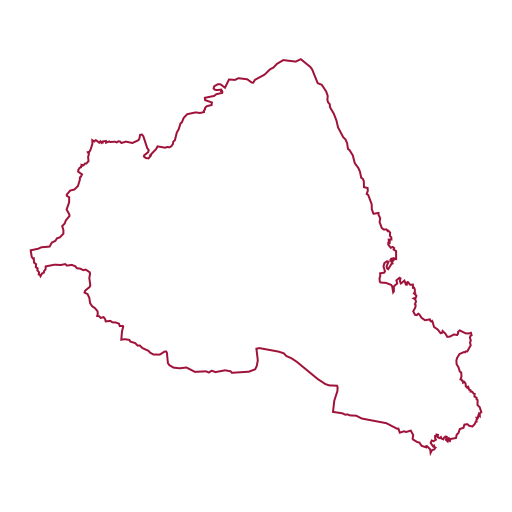 Banyumas, Jawa Tengah, Indonesia
{"feature_id": "22746128B18933963724988", "entity_name": "Banyumas", "entity_type": "district", "adm_level": 2, "iso_a3": "IDN", "parent_name": "Indonesia", "parent_adm1": "Jawa Tengah", "projection": "natural_earth1", "projection_center": [109.207, -7.455], "detail": "fine", "context": "isolated", "style": "outline", "palette": "rose", "viewbox_px": 512, "rotation_deg": 0, "n_neighbors": 0, "source": "geoboundaries", "source_scale": "gbopen_adm2", "svg_char_len": 5998}
<svg xmlns="http://www.w3.org/2000/svg" viewBox="0 0 512 512"><path d="M412.9,284.6L410.2,284.8L407.8,282.0L407.2,282.3L406.8,284.7L405.9,284.6L404.4,280.6L400.9,283.5L399.9,281.2L400.5,278.4L399.5,277.8L396.4,280.4L397.2,283.5L393.8,286.4L393.9,291.3L393.2,292.3L392.2,286.5L391.2,284.9L386.0,282.9L380.6,282.5L379.8,281.7L379.5,278.4L380.3,275.7L380.1,273.3L384.1,272.7L385.0,271.4L383.5,266.4L384.4,263.1L386.9,261.3L388.5,261.7L386.6,266.3L387.1,268.4L388.2,269.2L391.4,264.0L392.5,263.5L391.1,261.2L392.2,261.6L393.0,260.9L390.8,259.7L391.2,258.7L393.7,258.2L393.8,259.5L394.6,258.9L396.1,259.1L396.1,251.1L393.6,249.5L394.2,248.1L393.3,247.3L392.4,247.0L390.8,247.8L388.3,244.7L388.2,243.2L389.6,243.2L389.7,241.3L388.8,241.3L388.7,239.5L391.4,239.5L391.3,237.3L389.9,235.9L390.1,232.5L388.3,230.7L387.7,231.1L386.5,229.4L383.9,229.6L381.8,228.1L379.6,222.1L380.2,218.2L378.6,215.0L378.5,212.9L373.6,213.8L373.2,213.2L371.8,209.1L371.7,204.3L368.2,194.9L366.7,194.0L367.8,190.8L367.6,188.0L364.0,187.2L363.8,181.1L362.8,178.8L361.2,177.7L360.0,171.8L358.4,168.1L354.8,163.2L352.8,155.4L349.4,149.9L348.0,149.0L347.1,143.2L345.5,139.4L343.2,137.2L338.0,127.3L336.5,120.7L333.8,113.7L329.9,107.0L329.8,104.3L328.0,102.2L327.4,99.8L327.7,95.9L326.2,91.5L321.8,84.8L317.7,83.2L312.2,69.5L310.4,67.0L300.8,59.2L295.7,61.6L283.3,60.1L276.9,63.9L273.5,67.5L270.1,69.3L264.6,74.6L255.0,79.8L253.2,82.7L251.6,82.5L247.3,79.3L238.4,78.2L235.1,79.9L229.0,79.5L225.0,87.7L220.5,84.3L217.9,84.2L214.2,86.3L213.6,88.5L214.6,89.6L216.7,90.1L221.2,89.6L221.1,91.0L222.1,91.0L222.4,91.9L222.2,92.9L216.3,94.2L214.2,95.9L204.9,97.8L205.1,100.1L211.9,102.5L211.6,105.0L206.6,106.3L204.9,108.2L205.0,109.5L203.9,110.6L204.0,112.1L199.9,113.0L195.7,112.4L187.2,114.2L183.7,117.9L181.8,122.5L180.6,123.2L178.6,129.4L176.8,132.5L174.9,140.2L173.3,141.7L172.9,144.0L171.4,146.2L169.6,147.3L167.1,147.0L165.2,147.7L157.5,146.4L156.1,149.1L150.2,155.2L150.8,155.7L148.5,158.4L145.8,158.0L143.9,156.5L144.2,155.3L148.2,152.1L148.7,150.1L147.3,148.3L143.3,136.2L141.9,134.5L140.1,134.9L139.3,138.8L138.4,140.2L132.4,143.0L125.9,141.6L121.4,143.0L120.0,141.5L118.4,141.3L116.8,142.4L114.9,141.7L110.1,142.0L109.1,141.4L106.1,142.7L105.9,141.0L103.0,141.4L102.7,142.5L102.0,142.0L101.4,142.8L100.4,141.3L99.2,142.7L96.3,140.4L95.5,140.2L94.3,141.5L92.3,140.2L92.4,143.8L90.5,149.8L88.9,152.7L88.6,152.0L87.8,152.2L88.9,154.0L88.1,157.0L88.5,161.1L86.4,163.5L85.0,163.5L83.6,165.2L81.8,164.9L82.2,165.8L81.0,166.3L81.0,167.3L79.6,167.8L78.4,169.8L78.1,171.6L82.0,174.4L80.9,176.8L79.9,177.4L79.8,180.0L77.9,186.1L74.4,189.5L70.1,190.6L66.7,194.7L66.8,195.8L69.2,197.3L69.1,202.4L66.6,209.6L69.3,214.3L69.5,215.9L65.8,220.5L64.7,223.5L62.2,226.1L63.4,230.0L63.4,233.7L59.8,237.4L57.0,238.3L55.3,240.9L51.8,242.6L49.6,246.6L41.3,247.3L38.3,248.7L30.7,250.3L31.7,256.8L32.9,258.5L33.8,258.3L34.0,262.6L36.1,264.2L35.8,267.2L37.7,268.4L37.3,270.3L39.1,272.3L38.7,274.4L39.9,274.9L40.5,276.2L41.9,273.6L43.9,272.6L44.1,271.0L45.5,269.5L45.7,266.4L54.6,264.7L60.9,265.0L65.2,264.1L67.0,265.6L71.8,264.9L75.2,266.2L77.0,268.3L80.1,268.6L83.4,270.2L85.7,269.6L89.6,272.2L90.1,273.5L89.3,277.9L90.3,285.6L89.5,287.1L85.2,290.6L84.5,292.6L87.5,294.0L89.3,297.8L90.1,303.1L92.1,306.2L94.9,308.1L97.5,311.2L97.8,313.6L97.2,316.0L99.1,316.2L100.7,317.9L103.6,317.1L105.2,319.3L105.7,321.4L110.4,320.9L112.3,322.3L115.8,322.5L119.0,323.7L119.8,326.1L122.8,325.9L123.2,326.7L122.0,331.4L121.3,339.7L124.5,339.2L129.4,339.9L130.3,341.6L135.2,343.1L137.6,345.6L139.8,345.5L142.5,348.1L148.6,350.9L150.0,352.6L153.4,354.5L159.8,354.6L164.5,351.6L166.2,351.5L166.9,352.8L167.9,363.1L169.4,365.2L173.5,367.6L179.6,368.3L186.4,367.5L195.0,371.9L205.9,371.3L208.9,372.5L211.7,370.7L215.5,372.1L225.1,370.3L230.6,371.3L231.9,372.8L248.9,371.7L255.1,369.3L256.7,366.2L257.8,360.3L256.4,348.7L259.4,348.1L278.5,351.6L283.8,353.3L286.3,356.0L291.5,358.3L296.9,361.9L317.8,379.1L325.4,384.1L329.3,385.4L337.0,385.7L337.6,387.3L337.4,391.1L334.3,400.6L333.0,411.9L342.3,413.3L345.3,414.7L347.3,414.4L350.1,415.4L356.2,415.7L361.7,418.5L386.4,423.2L397.2,428.8L398.4,428.6L399.8,432.7L404.0,431.3L406.1,432.0L410.8,430.6L413.2,435.1L412.6,438.7L413.2,439.6L417.3,442.1L419.3,442.5L421.7,445.9L426.1,447.3L426.2,446.2L427.1,446.2L430.2,449.4L430.6,452.8L431.8,450.4L434.3,449.3L435.5,447.6L434.4,447.0L434.0,445.7L433.2,446.5L430.7,443.0L431.7,440.5L433.4,441.2L435.9,439.7L435.1,438.2L435.1,436.0L436.2,435.9L436.5,434.5L438.0,434.9L437.6,437.2L439.6,438.1L440.9,437.1L441.4,438.5L443.3,439.3L443.9,437.8L445.5,436.5L446.7,436.8L445.9,439.8L447.5,441.3L447.7,438.5L448.7,438.1L448.9,440.6L449.9,441.1L450.5,439.0L456.0,438.0L456.7,434.6L458.4,433.1L459.8,429.0L463.5,427.8L464.4,424.6L467.4,424.2L469.2,425.8L472.4,426.5L474.9,423.8L475.7,421.7L476.6,421.6L476.5,419.7L477.3,418.9L476.6,417.7L477.7,417.6L478.4,415.4L478.6,416.4L479.2,415.2L479.8,415.8L479.7,413.3L481.3,412.2L479.7,407.2L477.5,405.0L477.6,400.1L476.5,399.1L476.6,397.8L474.4,396.5L474.7,393.9L473.5,393.5L472.3,391.8L470.5,391.6L470.6,390.3L469.1,389.7L468.3,387.0L467.3,387.8L466.8,386.6L465.8,386.5L465.6,383.8L464.4,381.9L463.1,382.7L463.0,381.2L461.9,380.6L461.7,379.7L460.5,379.4L461.5,376.4L461.2,372.5L459.8,371.5L458.5,367.3L456.6,364.2L456.4,360.4L457.1,357.9L459.5,354.0L463.9,352.1L465.0,352.3L465.5,351.5L467.3,351.4L470.7,345.3L470.0,342.5L470.8,340.5L469.9,337.7L470.4,336.0L471.6,335.2L470.9,332.8L468.8,333.5L465.6,333.3L459.7,330.4L458.0,332.0L458.1,333.5L457.1,335.0L453.9,334.5L449.9,336.6L447.4,336.9L445.3,333.6L442.6,331.0L442.1,332.8L440.6,333.2L437.7,329.5L434.0,326.9L432.6,321.8L432.1,320.9L431.3,321.5L430.3,320.8L429.9,319.4L425.0,320.2L421.6,317.9L419.4,314.5L418.2,313.7L416.8,315.1L415.0,314.8L413.2,311.3L415.2,307.7L415.7,305.2L414.9,304.2L416.0,301.7L415.3,299.3L413.7,298.4L415.9,297.5L416.4,295.9L415.2,294.5L415.3,293.6L414.0,293.4L414.9,291.7L414.7,289.1L414.1,287.7L412.9,287.8L412.9,284.6Z" fill="none" stroke="#9f1239" stroke-width="2"/></svg>